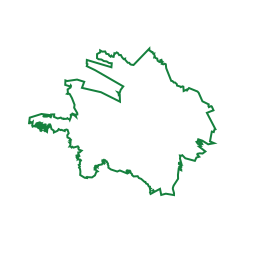 the district of San Miguel Soyaltepec, Oaxaca, Mexico, rotated 330°
{"feature_id": "50627088B40621475737534", "entity_name": "San Miguel Soyaltepec", "entity_type": "district", "adm_level": 2, "iso_a3": "MEX", "parent_name": "Mexico", "parent_adm1": "Oaxaca", "projection": "equal_earth", "projection_center": [-96.489, 18.251], "detail": "fine", "context": "isolated", "style": "outline", "palette": "green", "viewbox_px": 256, "rotation_deg": 330, "n_neighbors": 0, "source": "geoboundaries", "source_scale": "gbopen_adm2", "svg_char_len": 5605}
<svg xmlns="http://www.w3.org/2000/svg" viewBox="0 0 256 256"><g transform="rotate(330 128 128)"><path d="M48.1,69.9L44.7,74.4L45.0,74.6L45.7,73.4L46.0,74.6L46.6,75.0L46.8,74.2L47.7,75.3L48.5,75.1L46.6,77.6L46.5,77.1L46.1,79.1L49.0,79.4L48.2,80.0L49.9,81.1L50.2,82.6L50.8,82.3L50.4,81.8L50.8,80.7L49.4,80.7L49.7,79.8L49.7,80.4L50.9,79.8L49.3,78.6L51.8,79.2L50.5,78.0L52.7,78.9L52.8,79.7L53.6,79.4L53.1,78.7L54.4,79.0L55.1,80.1L54.1,80.6L54.0,79.6L53.5,80.9L53.3,80.5L52.7,81.1L52.8,80.6L52.3,80.1L52.0,81.3L51.6,80.9L51.3,81.8L52.1,81.9L52.0,82.7L52.2,82.0L54.1,81.7L53.2,82.2L53.5,82.3L53.1,83.0L53.6,82.9L53.2,83.4L53.5,84.3L52.9,84.0L52.8,85.1L52.6,84.4L52.0,84.6L52.3,83.4L51.7,84.4L51.9,85.0L51.3,84.3L51.5,83.6L50.9,83.9L51.3,84.7L50.9,86.6L51.3,86.7L51.3,85.3L51.7,85.7L52.7,85.3L51.8,86.2L51.7,87.0L52.3,86.9L52.2,85.9L52.8,85.3L53.6,85.3L53.6,84.5L54.5,85.0L54.9,83.5L54.0,83.5L53.9,82.8L54.1,81.9L55.0,81.2L55.3,81.2L54.6,81.8L54.5,83.1L54.9,83.0L54.9,82.3L58.4,83.7L58.3,84.6L58.2,84.0L57.6,83.9L57.6,85.6L57.0,83.3L55.7,83.5L56.9,84.2L56.9,84.7L56.1,84.3L55.9,85.0L56.1,84.4L57.2,85.5L56.4,85.7L56.6,86.4L55.4,85.4L55.3,86.0L56.3,86.9L55.6,87.6L55.1,86.9L55.1,87.5L54.1,87.6L54.7,87.6L54.7,88.3L54.2,88.4L54.5,89.2L54.9,89.2L54.9,88.2L55.7,88.0L55.6,88.9L56.1,89.6L55.6,90.2L55.9,90.9L58.0,88.1L58.7,88.0L58.2,87.5L58.1,86.0L59.3,86.1L59.2,86.5L60.3,87.1L60.7,86.0L61.3,86.6L61.8,85.6L62.3,85.9L62.2,87.2L61.2,90.6L62.4,93.1L61.6,94.8L65.6,95.2L67.4,94.3L68.4,96.0L69.4,96.3L71.7,99.0L72.4,98.2L74.0,98.6L74.7,99.5L74.0,102.9L71.8,103.9L70.9,105.9L72.3,107.9L72.6,109.6L71.4,109.6L71.8,110.5L71.0,111.7L70.0,111.2L70.2,112.8L69.7,113.9L68.3,114.7L68.9,114.9L69.4,116.7L70.5,116.5L71.0,117.7L75.4,118.8L75.6,120.2L74.8,120.9L74.6,122.1L76.5,124.4L74.0,124.9L72.7,124.3L72.1,125.5L71.9,128.0L71.3,128.0L70.7,126.4L68.8,125.9L70.4,127.2L69.9,127.9L68.8,128.0L68.8,128.4L69.4,128.3L69.1,128.8L69.6,129.4L69.0,130.0L69.5,130.0L70.0,131.3L70.7,131.4L71.1,132.5L69.2,133.5L68.2,135.4L66.9,135.4L67.0,137.4L65.8,137.8L66.0,139.4L65.0,141.9L63.1,144.8L65.6,149.4L67.3,150.7L67.8,149.1L68.1,150.7L68.8,150.6L72.1,152.8L75.7,152.5L78.6,150.2L80.0,150.4L79.0,147.7L78.3,147.3L79.1,145.9L80.0,146.4L80.4,144.6L80.9,144.5L82.0,146.7L82.5,145.4L83.2,145.9L83.9,145.3L87.1,146.5L88.5,145.8L89.3,144.5L89.6,147.0L90.1,146.9L90.2,144.9L89.3,143.6L89.7,143.2L90.9,143.9L91.0,142.7L91.5,144.2L92.2,144.6L92.4,146.5L92.8,146.5L92.8,148.9L92.2,149.4L92.2,150.8L91.2,152.5L92.5,155.4L96.9,160.3L99.7,160.7L104.7,167.1L105.9,167.1L105.3,164.5L106.1,164.2L107.0,165.0L107.4,166.5L107.8,166.3L107.6,165.7L108.2,165.8L108.4,166.6L107.9,168.2L108.4,170.0L108.0,170.9L108.7,172.8L112.3,174.6L112.4,176.7L114.0,178.7L115.4,183.0L116.1,183.4L115.9,185.0L117.1,186.8L116.7,188.2L116.6,187.9L117.1,189.4L117.6,189.8L117.2,190.3L116.8,189.9L117.3,191.4L116.8,191.2L115.7,194.2L114.9,194.6L114.6,196.4L118.3,196.5L118.5,195.4L118.1,194.5L118.8,194.4L119.0,196.5L125.3,196.7L123.3,202.6L127.9,203.8L134.3,209.1L135.3,207.4L136.4,203.1L137.1,202.1L138.7,200.7L146.0,197.0L147.8,193.6L151.4,188.8L153.0,191.2L153.4,190.4L152.9,189.3L153.3,189.0L152.6,188.0L153.0,187.2L153.6,187.4L153.5,188.4L154.1,188.4L154.1,187.9L154.7,188.3L155.5,187.0L154.9,187.2L155.0,186.6L155.4,186.0L156.0,186.4L155.9,185.5L154.7,185.7L154.1,184.6L154.5,184.0L155.1,184.9L155.3,184.4L156.3,184.6L156.3,183.9L156.8,184.0L157.7,180.5L158.8,179.1L159.2,177.8L160.4,178.7L161.4,178.7L162.5,182.9L169.5,189.9L172.5,187.8L175.3,188.5L174.7,185.7L175.3,185.1L177.5,185.8L179.8,187.4L183.3,187.0L180.2,179.5L182.2,180.1L181.8,178.3L180.6,176.6L180.4,174.3L181.7,174.5L182.7,175.7L183.0,178.0L184.2,178.9L184.5,176.0L183.6,174.2L182.7,173.4L183.2,172.9L186.0,176.1L189.3,182.2L195.0,184.2L192.3,180.6L198.8,173.0L200.2,174.4L201.5,173.1L202.1,173.0L202.2,173.5L202.4,172.6L203.1,172.8L203.9,154.3L210.9,155.4L211.3,151.3L210.9,150.6L208.5,150.4L208.6,149.2L209.7,147.9L205.8,142.1L206.8,132.8L206.4,131.1L200.8,123.9L198.1,124.9L198.2,124.1L194.7,123.8L196.6,119.9L196.0,119.2L194.1,119.0L193.9,118.1L191.7,115.8L192.2,114.3L191.4,112.0L190.4,111.5L190.0,109.6L189.0,108.8L191.0,95.3L192.6,91.7L191.9,90.7L190.4,90.5L189.3,89.3L190.0,88.7L189.7,88.0L191.1,88.0L190.7,86.7L191.0,85.7L189.9,85.5L189.3,86.5L188.2,86.5L187.3,84.5L188.0,82.5L186.8,81.1L186.9,79.9L186.2,79.8L187.3,78.6L187.4,77.0L187.9,76.6L187.0,76.2L187.2,74.5L186.3,74.1L186.4,73.4L185.3,71.6L186.2,69.9L164.3,76.2L162.4,74.7L161.8,73.8L161.7,72.2L160.4,71.3L159.6,67.1L160.1,66.5L158.7,66.2L158.2,63.7L158.3,61.2L156.8,60.5L156.7,58.0L156.0,56.9L154.1,57.2L153.6,56.5L151.1,59.2L150.2,58.4L149.8,57.0L148.6,57.5L147.9,55.8L148.1,54.4L146.3,52.9L146.5,50.3L143.9,49.0L142.7,46.9L141.7,48.6L138.2,48.5L136.1,52.0L136.9,53.7L139.3,55.5L140.5,57.9L142.8,59.7L144.0,62.1L146.3,63.8L144.0,67.1L126.4,48.5L124.4,51.6L124.8,52.4L123.2,53.8L128.2,61.1L144.7,89.6L140.7,91.3L138.3,93.5L137.0,92.0L137.2,93.3L136.7,94.4L137.4,94.2L137.6,94.8L134.2,101.2L122.5,83.5L108.2,70.2L113.2,66.1L108.1,60.6L98.8,56.9L97.6,55.5L95.2,59.3L98.8,63.2L99.7,62.5L99.7,63.1L98.5,64.2L95.0,64.4L93.5,67.6L92.3,67.9L93.0,68.6L93.8,68.4L94.5,69.5L94.4,74.1L93.3,81.2L91.5,83.5L91.5,89.8L90.9,90.9L89.2,90.1L88.6,92.3L87.9,90.0L88.5,89.6L87.5,88.3L87.2,88.7L86.9,87.9L86.0,88.5L85.7,87.9L85.0,87.9L84.2,89.8L81.7,91.8L81.8,91.2L80.9,90.5L80.4,89.2L79.4,89.3L76.7,88.0L76.9,87.6L75.4,86.6L75.0,85.4L71.9,84.6L69.5,81.4L70.9,79.3L68.3,77.9L67.5,79.6L66.5,80.0L65.6,78.0L63.5,77.6L60.8,76.0L60.2,75.0L61.2,75.7L62.8,75.5L65.4,77.1L66.2,78.9L66.6,77.6L60.1,72.6L48.1,69.9Z" fill="none" stroke="#15803d" stroke-width="2"/></g></svg>